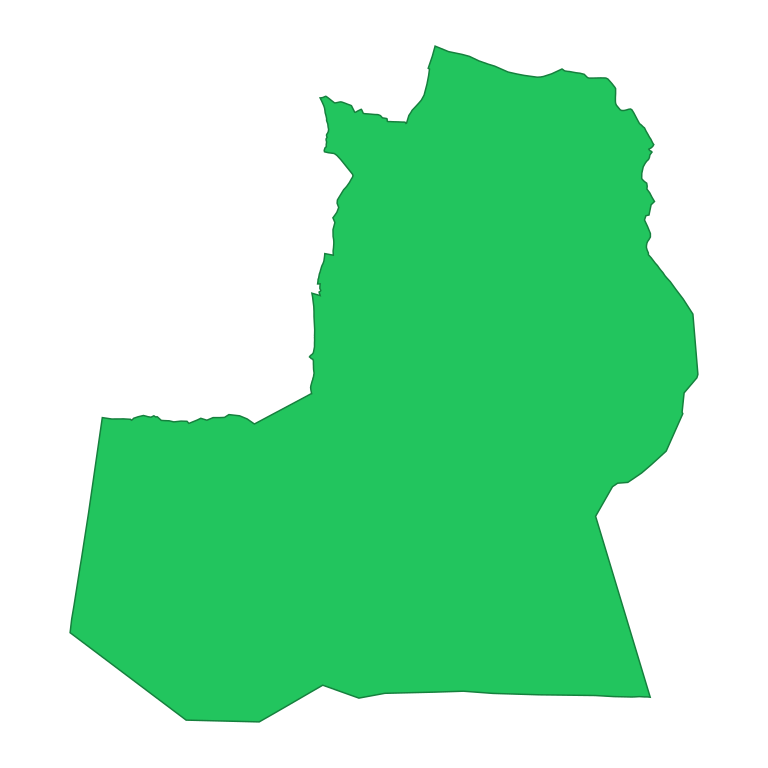 San Jorge, Zacapa, Guatemala
{"feature_id": "79465075B24520983200883", "entity_name": "San Jorge", "entity_type": "district", "adm_level": 2, "iso_a3": "GTM", "parent_name": "Guatemala", "parent_adm1": "Zacapa", "projection": "natural_earth1", "projection_center": [-89.603, 14.916], "detail": "fine", "context": "isolated", "style": "filled", "palette": "green", "viewbox_px": 768, "rotation_deg": 0, "n_neighbors": 0, "source": "geoboundaries", "source_scale": "gbopen_adm2", "svg_char_len": 4908}
<svg xmlns="http://www.w3.org/2000/svg" viewBox="0 0 768 768"><path d="M650.2,697.2L595.6,516.3L612.5,486.7L617.6,483.2L627.8,482.4L641.6,473.0L651.4,464.6L666.2,451.1L682.8,413.7L682.1,412.2L684.1,392.9L696.9,377.8L697.9,374.4L692.9,314.1L683.1,298.9L676.0,289.6L670.3,281.7L666.9,278.0L665.0,275.8L662.9,272.6L661.0,270.4L659.5,268.5L657.4,265.5L655.2,263.1L651.2,257.8L648.4,254.7L648.4,253.0L647.7,251.4L647.0,249.7L646.4,247.4L646.5,245.4L646.9,243.2L647.6,241.5L649.0,239.5L650.4,237.0L650.4,233.5L647.6,226.6L644.5,220.0L645.9,215.7L649.0,215.0L649.7,211.5L651.1,204.8L654.5,201.5L651.9,197.1L649.7,192.8L646.9,189.1L647.2,186.2L646.7,183.2L644.9,181.9L643.4,180.6L641.7,178.6L641.8,173.3L643.2,166.9L645.1,163.4L646.6,161.3L648.5,159.5L649.4,157.6L649.9,154.9L652.0,152.1L651.5,151.4L650.3,150.9L649.4,150.1L648.4,148.7L648.9,149.0L650.0,148.5L651.1,147.9L651.7,147.4L652.8,146.3L653.8,144.6L653.2,143.8L652.4,142.4L650.8,139.1L649.3,136.9L648.3,135.0L646.0,131.0L644.5,127.9L643.2,126.9L641.3,125.0L639.5,123.6L637.8,120.5L633.7,112.7L631.8,109.7L630.5,109.0L628.5,109.3L626.3,110.0L624.0,110.5L621.7,110.5L620.2,109.8L616.4,105.2L615.6,103.3L615.4,101.2L615.4,97.3L615.6,93.6L615.6,88.6L614.8,87.2L611.9,83.5L607.9,79.0L605.8,78.0L600.7,77.9L592.4,78.1L589.1,78.1L588.0,77.8L587.1,77.2L584.2,74.3L579.9,73.2L576.4,72.8L573.6,72.3L569.3,71.5L567.8,71.4L566.6,71.2L565.6,71.1L565.0,70.9L564.2,70.6L563.7,70.2L563.2,69.8L562.0,69.0L551.7,73.8L543.4,76.5L540.6,77.0L537.3,77.2L531.4,76.4L524.2,75.4L516.9,74.0L508.0,72.0L494.6,66.1L488.0,64.1L478.7,60.8L469.5,56.4L462.1,54.4L448.5,51.6L435.1,46.1L432.3,56.3L428.2,68.3L429.5,69.1L428.6,75.7L427.0,84.0L424.1,95.1L421.3,100.2L418.9,103.0L415.8,106.4L412.1,110.3L410.8,112.6L408.9,115.4L406.5,123.2L405.9,123.4L405.7,123.0L405.4,122.7L405.3,122.4L404.9,122.2L404.1,122.1L402.5,122.1L398.5,121.9L394.6,121.8L391.9,121.7L390.4,121.6L388.9,121.6L387.7,121.5L387.3,121.2L387.2,120.8L387.2,120.0L387.1,119.0L386.9,118.7L386.5,118.5L384.7,118.2L382.7,117.9L382.2,117.6L381.1,116.3L380.4,115.6L379.3,115.1L377.8,114.6L374.7,114.5L369.2,114.0L366.2,113.8L365.2,113.7L364.1,113.6L363.4,113.3L363.0,112.8L362.6,111.8L361.9,110.2L361.5,109.6L361.2,109.3L357.7,111.0L356.3,111.8L355.8,112.1L355.2,112.3L354.7,112.2L352.5,107.8L351.5,105.8L350.9,105.4L347.6,104.2L345.6,103.4L342.6,102.3L341.5,102.0L340.7,101.9L339.7,102.0L338.8,102.2L337.9,102.4L336.4,102.7L335.4,102.9L334.9,102.9L334.7,102.9L334.3,102.7L331.1,100.2L328.6,98.2L327.5,97.4L326.3,96.5L325.8,96.3L324.9,96.6L322.9,97.5L321.2,97.8L320.1,97.9L321.8,101.3L323.8,105.8L324.5,107.9L324.9,110.2L325.2,112.9L325.9,115.3L326.6,118.4L326.6,120.6L327.8,124.0L328.1,126.9L328.6,129.4L328.3,131.5L327.4,133.5L326.7,134.3L326.5,135.3L326.7,136.3L327.1,137.3L326.3,138.5L326.1,139.0L326.1,140.0L326.6,142.0L326.2,144.7L326.3,146.7L325.1,147.7L324.5,149.3L324.2,150.6L324.5,151.8L328.3,152.7L334.2,153.5L335.8,154.6L337.0,155.5L340.6,159.4L347.2,167.6L352.5,174.2L353.0,175.7L352.5,177.2L351.3,179.1L349.5,182.4L346.6,186.5L343.6,189.8L338.9,197.5L337.4,200.0L337.1,203.2L338.7,207.5L338.0,209.3L336.8,212.4L333.7,216.8L332.9,217.8L333.6,219.4L334.9,222.5L333.0,229.6L333.1,236.5L333.6,239.3L333.8,241.7L333.8,243.5L333.7,245.1L333.5,247.8L333.1,250.9L333.3,255.2L324.8,253.6L324.6,256.0L324.2,258.9L324.0,260.5L323.6,261.9L322.9,263.8L322.1,265.3L321.5,266.9L320.6,270.0L320.2,271.6L319.8,272.8L319.4,273.8L318.6,278.1L318.1,279.3L318.0,281.0L317.6,283.9L320.2,283.9L319.9,286.7L319.9,288.6L320.8,290.4L320.3,291.4L319.1,292.0L319.2,292.8L319.8,294.1L320.2,295.6L311.9,293.2L312.6,297.0L313.3,302.8L313.8,306.7L314.0,311.6L314.0,316.4L314.7,329.9L314.6,334.5L314.5,335.3L314.6,335.9L314.6,336.8L314.5,337.6L314.6,338.8L314.6,340.8L314.5,342.8L314.5,345.1L314.5,346.8L314.3,347.9L314.0,349.5L313.5,352.0L313.2,353.0L312.6,353.8L312.0,354.4L311.2,355.0L310.4,355.6L309.5,356.9L310.6,357.8L311.2,358.6L312.0,358.9L312.8,359.3L313.2,360.2L313.4,361.2L313.4,364.0L313.5,366.1L313.5,367.6L313.6,369.6L313.9,371.7L314.1,373.2L313.9,374.1L313.4,377.3L313.0,378.0L312.9,378.5L312.7,379.7L312.5,380.2L312.1,381.3L310.9,385.7L310.6,387.6L310.9,390.0L311.3,391.9L311.6,393.7L311.0,393.8L254.4,424.0L247.1,418.9L239.6,415.8L228.9,414.6L224.5,417.4L219.7,417.6L213.1,417.6L206.9,420.2L200.8,418.3L197.3,420.0L188.9,423.4L187.0,421.3L181.0,421.1L173.8,421.9L169.2,420.8L164.5,420.6L161.3,420.4L157.3,416.8L155.5,416.9L153.9,415.8L151.0,417.2L147.9,416.7L146.2,416.2L143.4,415.5L138.0,416.8L133.6,418.3L132.5,419.6L131.4,420.2L130.5,419.3L123.8,418.9L111.7,419.0L102.3,417.6L88.6,512.7L81.6,557.8L80.2,566.2L74.1,604.9L71.7,619.0L70.1,632.7L186.1,720.1L259.2,721.9L278.9,710.6L322.7,685.2L358.9,698.1L384.9,693.3L434.9,692.1L463.3,691.2L492.9,693.4L539.3,694.8L595.2,695.5L614.0,696.6L627.9,696.9L631.6,697.0L634.5,696.9L639.4,696.6L644.3,696.9L647.3,696.9L650.2,697.2Z" fill="#22c55e" stroke="#15803d" stroke-width="1.5"/></svg>